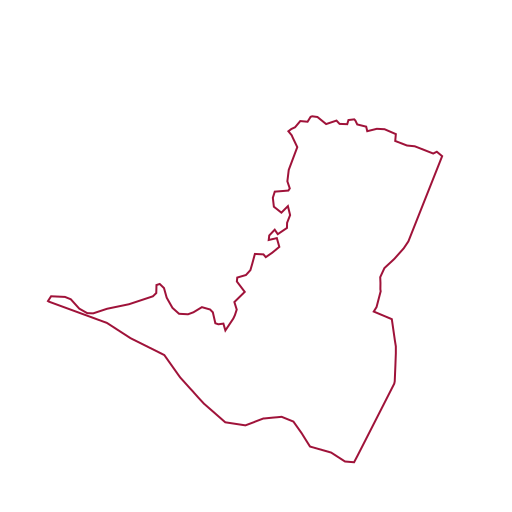 outline of Dorado, Puerto Rico, rotated 202°
{"feature_id": "32010507B14965508281660", "entity_name": "Dorado", "entity_type": "district", "adm_level": 2, "iso_a3": "PRI", "parent_name": "Puerto Rico", "parent_adm1": "", "projection": "robinson", "projection_center": [-66.267, 18.432], "detail": "fine", "context": "isolated", "style": "outline", "palette": "rose", "viewbox_px": 512, "rotation_deg": 202, "n_neighbors": 0, "source": "geoboundaries", "source_scale": "gbopen_adm2", "svg_char_len": 1828}
<svg xmlns="http://www.w3.org/2000/svg" viewBox="0 0 512 512"><g transform="rotate(202 256 256)"><path d="M272.7,383.8L268.1,381.3L266.6,379.8L258.5,372.4L257.9,348.1L254.9,337.0L250.0,331.3L250.5,328.8L262.7,322.7L262.2,316.3L257.9,308.4L248.7,305.7L245.1,314.2L239.7,306.7L239.6,298.4L237.8,293.6L244.0,284.4L248.5,287.4L251.4,280.0L250.2,275.6L243.4,280.4L237.8,273.2L242.2,265.1L246.5,258.6L249.7,260.3L257.8,257.5L256.6,247.6L255.9,240.8L258.2,234.6L265.3,229.0L264.2,225.2L253.0,218.5L258.8,205.2L253.8,199.1L253.4,193.2L253.6,189.5L256.5,175.5L260.9,181.1L265.3,178.6L268.5,178.4L274.9,187.6L278.5,189.2L287.0,188.3L292.9,180.4L297.2,176.5L305.7,173.6L314.0,176.6L323.2,183.9L329.3,191.8L334.8,194.0L337.4,191.8L334.6,184.3L336.5,180.0L355.7,163.7L374.3,151.3L385.5,141.8L391.1,139.8L400.2,141.0L411.5,146.5L417.8,146.5L430.9,141.9L432.0,136.3L430.9,136.1L369.1,138.1L341.6,132.8L303.9,129.8L283.5,116.7L280.8,115.0L268.1,108.8L263.2,106.5L262.1,105.9L256.4,103.1L249.0,99.6L228.8,92.6L222.2,90.3L202.4,95.0L200.3,96.9L195.3,101.5L195.0,101.9L188.3,108.1L187.6,108.4L179.2,112.8L176.4,114.2L172.0,116.5L162.6,116.5L159.3,116.5L147.3,108.8L141.4,104.5L134.6,99.6L133.1,99.7L112.7,101.9L96.5,98.8L87.8,101.5L87.1,108.5L85.8,123.1L80.0,189.4L80.4,191.7L85.6,206.3L89.9,218.2L92.5,224.6L95.7,229.9L106.4,248.3L126.0,248.6L125.1,253.8L127.2,270.0L128.2,271.7L130.5,277.6L132.9,282.9L132.4,292.9L126.6,305.3L121.9,318.5L120.2,326.6L120.2,327.6L120.8,418.3L127.4,420.4L130.1,417.4L149.9,417.2L157.4,415.0L170.0,414.8L172.0,421.4L184.3,421.7L191.6,419.2L199.6,413.4L202.3,417.2L211.4,415.9L214.6,418.8L216.1,419.5L221.2,416.7L220.8,412.4L228.0,409.8L232.1,411.7L240.4,404.6L251.1,407.9L256.2,406.6L257.5,405.5L258.5,399.8L265.5,397.7L268.0,390.0L270.8,387.0L272.7,383.8Z" fill="none" stroke="#9f1239" stroke-width="2"/></g></svg>